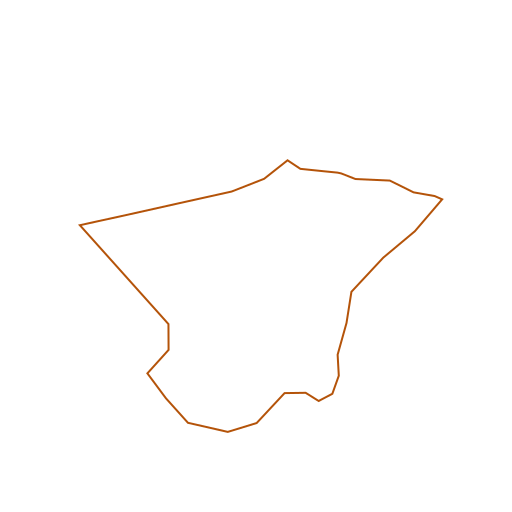 map outline of Buliisa (Natural Earth projection), rotated 43°
{"feature_id": "UGA-3082", "entity_name": "Buliisa", "entity_type": "County", "adm_level": 1, "iso_a3": "UGA", "parent_name": "Uganda", "parent_adm1": "", "projection": "natural_earth1", "projection_center": [31.416, 2.001], "detail": "fine", "context": "isolated", "style": "outline", "palette": "amber", "viewbox_px": 512, "rotation_deg": 43, "n_neighbors": 0, "source": "natural_earth", "source_scale": "10m", "svg_char_len": 571}
<svg xmlns="http://www.w3.org/2000/svg" viewBox="0 0 512 512"><g transform="rotate(43 256 256)"><path d="M106.2,353.6L117.0,337.9L129.2,320.3L162.9,271.1L194.2,225.5L209.3,194.0L213.8,164.5L229.0,162.0L248.3,147.4L258.8,139.4L262.0,137.5L276.2,131.9L302.4,109.6L327.8,102.0L345.8,90.3L353.5,87.6L355.3,129.5L350.2,170.4L350.2,217.1L367.9,243.3L383.0,272.5L398.2,287.1L405.8,304.7L400.7,319.3L385.6,322.2L370.4,336.8L370.4,377.7L355.3,403.9L320.0,424.4L287.2,421.5L256.6,415.9L256.1,384.3L238.4,365.5L106.2,353.6Z" fill="none" stroke="#b45309" stroke-width="2"/></g></svg>